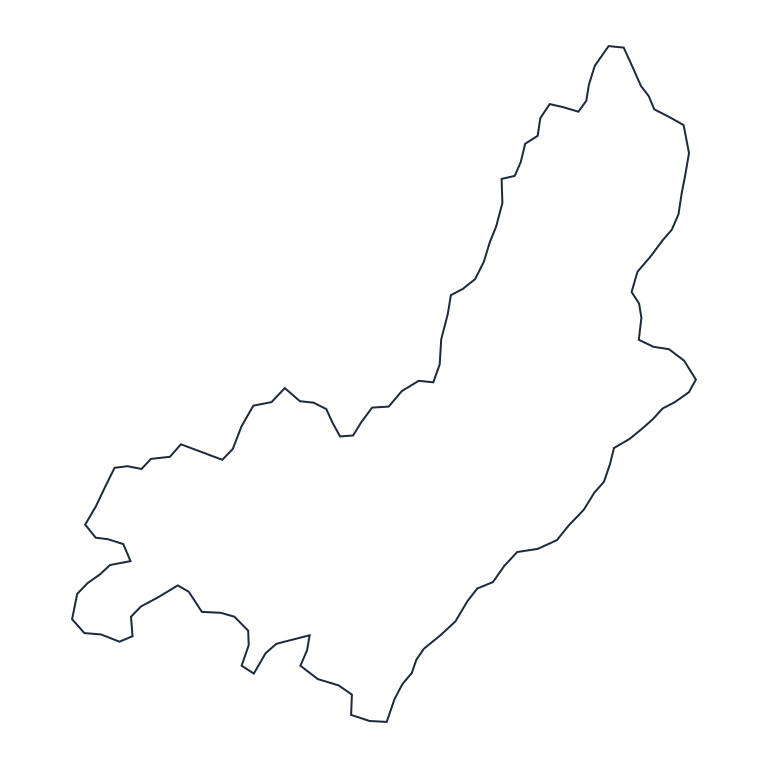 Bom Jesus do Norte, Espírito Santo, Brazil
{"feature_id": "56859067B21905331277636", "entity_name": "Bom Jesus do Norte", "entity_type": "district", "adm_level": 2, "iso_a3": "BRA", "parent_name": "Brazil", "parent_adm1": "Espírito Santo", "projection": "natural_earth1", "projection_center": [-41.639, -21.075], "detail": "fine", "context": "isolated", "style": "outline", "palette": "slate", "viewbox_px": 768, "rotation_deg": 0, "n_neighbors": 0, "source": "geoboundaries", "source_scale": "gbopen_adm2", "svg_char_len": 1755}
<svg xmlns="http://www.w3.org/2000/svg" viewBox="0 0 768 768"><path d="M608.6,46.1L594.8,65.8L588.9,84.7L586.3,100.8L578.4,111.7L563.3,107.2L549.7,104.1L540.3,118.1L537.7,135.8L525.2,143.7L520.8,161.9L514.7,175.9L501.6,178.9L502.4,203.0L496.2,226.4L489.8,242.2L483.9,261.6L475.2,279.0L462.7,289.0L450.9,295.1L447.8,313.9L441.2,339.5L439.7,364.4L433.3,382.3L418.7,380.8L401.8,391.1L388.7,406.6L372.1,407.6L361.1,422.5L353.1,435.5L340.1,436.4L332.7,423.1L326.3,409.1L313.7,402.7L299.9,401.2L284.8,388.1L271.5,402.1L253.3,405.7L241.5,426.4L232.8,448.9L222.3,459.8L180.9,444.3L169.9,456.8L150.9,458.9L141.5,469.0L127.6,466.2L114.6,467.8L105.4,486.3L95.7,506.7L85.2,524.6L95.7,537.7L107.9,539.2L123.3,544.1L130.5,561.1L110.0,565.0L99.8,574.5L87.7,583.0L77.2,593.9L72.1,619.2L84.4,633.1L100.8,634.4L119.5,641.7L132.5,636.2L131.0,616.7L141.0,606.4L158.1,597.3L177.8,585.4L188.8,591.8L201.9,611.9L220.6,612.8L234.4,616.7L248.2,630.7L248.7,645.3L241.6,665.7L253.8,673.6L265.6,653.2L276.4,643.8L290.7,640.1L309.6,635.3L307.1,650.2L300.4,665.7L317.8,679.1L338.6,685.4L351.9,694.6L351.1,714.9L369.5,721.0L386.7,721.9L394.4,699.4L402.5,683.9L411.8,673.0L416.4,659.6L424.0,648.6L440.4,635.3L455.5,621.3L467.6,600.9L477.3,588.5L492.9,582.1L504.2,566.0L517.2,552.0L537.7,548.9L556.9,540.1L568.7,525.5L583.8,509.7L594.3,492.7L604.0,481.7L609.9,464.4L614.0,448.0L629.6,438.9L641.6,429.1L652.6,419.4L662.6,408.5L674.9,402.1L689.0,392.1L695.9,379.6L684.1,360.7L669.0,349.2L653.4,346.8L638.8,339.8L641.4,317.9L639.1,303.6L631.6,292.0L637.5,271.7L650.8,256.2L662.6,240.3L671.8,229.7L678.5,214.2L681.6,193.8L685.4,174.1L689.0,153.1L683.6,125.1L668.5,116.6L654.2,109.3L648.8,96.2L640.9,85.9L633.7,69.5L623.7,47.6L608.6,46.1Z" fill="none" stroke="#1e293b" stroke-width="2"/></svg>